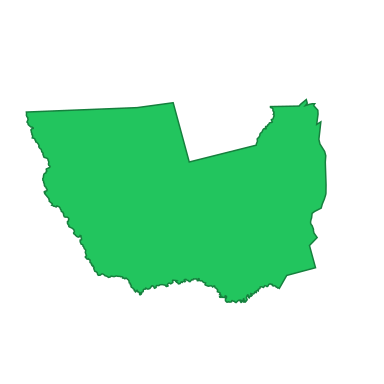 outline of Lavalle, Mendoza, Argentina, rotated 165°
{"feature_id": "61730980B15586340414503", "entity_name": "Lavalle", "entity_type": "district", "adm_level": 2, "iso_a3": "ARG", "parent_name": "Argentina", "parent_adm1": "Mendoza", "projection": "natural_earth1", "projection_center": [-67.695, -32.596], "detail": "fine", "context": "isolated", "style": "filled", "palette": "green", "viewbox_px": 384, "rotation_deg": 165, "n_neighbors": 0, "source": "geoboundaries", "source_scale": "gbopen_adm2", "svg_char_len": 5997}
<svg xmlns="http://www.w3.org/2000/svg" viewBox="0 0 384 384"><g transform="rotate(165 192 192)"><path d="M223.2,287.7L331.3,312.1L331.6,310.3L332.1,309.1L332.0,307.4L331.3,306.2L331.7,305.2L331.5,304.5L333.3,302.3L332.6,300.8L332.8,299.5L332.4,298.9L330.9,296.6L329.6,296.0L329.3,295.2L328.8,295.0L328.9,294.5L330.2,294.6L331.6,293.6L331.4,292.7L331.7,291.6L331.5,289.8L331.8,288.8L331.4,288.4L331.4,287.7L331.7,286.6L332.3,285.6L330.8,284.8L330.0,283.7L330.2,282.8L329.7,282.2L330.0,280.9L329.0,280.1L328.2,278.5L327.7,276.2L328.2,275.7L328.2,274.7L327.5,273.3L326.6,272.2L326.7,269.8L325.8,268.0L326.3,266.8L326.0,265.0L326.2,264.4L325.8,263.7L323.5,262.3L322.7,261.2L322.8,259.5L322.5,258.5L323.0,256.8L323.4,256.4L323.5,255.5L323.4,254.8L322.5,253.7L322.7,253.0L323.5,252.5L326.8,251.9L327.1,251.0L326.8,249.9L327.1,249.4L327.8,249.2L328.4,248.1L329.7,248.1L330.5,247.4L331.5,245.6L331.5,244.9L332.7,243.5L333.0,241.7L332.6,241.2L332.6,240.2L332.9,239.3L332.4,238.2L332.8,237.4L332.7,236.5L332.9,236.3L332.4,235.0L331.8,234.4L331.8,233.0L331.2,232.0L332.0,230.7L333.6,230.8L334.7,230.4L334.7,229.3L334.1,229.2L334.6,228.4L331.8,222.3L332.2,221.6L331.9,220.9L332.3,220.0L330.0,216.8L330.5,215.8L330.9,215.5L330.0,215.0L329.3,214.1L328.2,213.7L327.7,213.1L326.9,212.7L326.1,213.5L324.0,211.9L323.7,211.1L323.4,209.0L323.1,208.7L323.2,207.0L322.0,206.0L322.0,205.1L321.6,204.4L322.0,203.2L321.8,201.2L321.0,200.6L319.0,200.0L318.0,198.8L318.0,197.6L318.8,196.7L318.8,196.2L319.2,195.7L320.0,195.6L320.2,195.2L320.1,194.4L320.4,193.9L320.0,192.3L319.5,191.7L319.9,190.6L319.7,190.2L317.2,188.1L315.9,186.3L315.9,184.0L317.0,183.1L317.0,182.3L315.9,181.1L315.9,180.6L314.8,178.9L313.6,177.9L312.7,177.8L311.8,178.3L311.3,179.0L310.5,178.3L311.0,176.6L310.7,176.1L311.0,174.8L311.1,174.5L312.5,174.5L312.9,172.8L312.5,170.2L311.6,169.7L311.1,169.0L311.3,167.7L310.8,167.2L310.7,165.1L310.2,164.5L309.7,163.3L310.7,161.2L310.4,157.7L311.7,157.2L311.9,156.7L311.7,156.0L311.1,155.6L310.8,154.4L309.8,154.0L309.3,154.3L308.9,153.4L308.1,152.7L308.7,150.3L307.7,149.2L307.9,148.5L307.5,148.2L307.7,147.2L307.4,146.6L306.7,146.5L306.9,145.6L306.1,144.6L306.7,143.4L306.4,140.6L305.0,139.5L304.5,138.8L304.5,137.0L304.1,135.8L302.2,135.4L300.4,136.2L299.6,136.1L298.0,134.4L297.8,133.7L296.2,132.8L294.7,131.1L292.8,131.1L291.9,131.7L289.2,130.4L286.8,130.5L285.6,129.8L283.1,129.0L282.7,128.5L281.7,128.4L280.8,127.4L281.2,126.8L279.8,126.3L279.3,125.5L278.0,126.0L276.3,123.7L275.9,122.7L276.1,120.4L275.4,120.0L275.2,119.4L275.6,118.4L274.8,117.6L275.4,116.4L275.2,115.7L274.1,114.7L273.8,113.7L272.9,112.7L273.3,111.7L272.8,111.2L272.5,110.2L270.9,111.3L270.4,111.2L270.6,109.8L269.6,109.5L269.1,108.5L268.2,108.0L268.5,107.3L269.1,107.0L269.0,106.3L268.6,106.1L267.6,106.4L266.8,107.3L266.7,108.1L265.0,108.4L264.2,110.3L263.9,110.4L263.2,110.5L262.4,110.2L261.4,111.1L260.8,110.2L259.7,109.6L257.7,109.7L254.9,111.8L254.2,111.6L253.9,110.8L253.4,110.5L253.3,109.1L253.0,108.7L251.4,109.1L251.1,110.2L250.5,110.8L248.2,110.2L247.0,110.7L244.8,110.3L242.3,109.1L241.8,108.6L241.6,107.8L241.1,107.3L239.6,107.3L239.4,107.8L240.0,108.5L239.8,109.0L238.3,109.9L237.5,109.9L236.7,109.3L236.6,108.9L236.2,108.8L234.2,109.4L233.7,109.9L233.8,111.4L233.3,111.8L230.0,110.5L230.9,110.3L230.9,109.9L230.1,109.6L229.9,109.2L230.2,108.7L229.4,108.2L228.9,106.8L228.5,106.7L227.3,106.6L225.6,108.0L224.8,107.2L223.8,107.9L222.6,107.6L222.2,107.1L221.5,107.5L221.8,108.3L222.2,108.5L222.1,109.3L221.3,109.4L220.3,109.1L219.5,107.8L218.5,107.5L217.9,106.2L217.1,105.9L214.9,107.4L213.9,106.8L213.1,107.7L211.6,107.1L210.6,107.2L209.9,106.3L209.8,104.9L209.1,104.7L208.4,105.5L208.3,106.6L207.8,106.6L207.6,106.3L207.9,104.7L206.8,104.0L205.5,103.8L204.3,101.7L202.4,100.6L203.4,99.2L203.3,98.8L200.7,96.8L197.7,96.5L197.1,95.9L196.7,94.9L195.6,95.2L195.1,95.6L194.5,95.3L194.5,93.6L193.5,92.7L192.5,90.7L193.1,89.9L193.3,89.1L191.7,88.0L190.9,87.0L191.9,85.8L190.9,85.4L191.0,84.9L191.8,83.9L192.4,83.8L192.4,83.2L191.3,82.7L190.5,83.5L190.2,83.4L190.0,82.4L187.8,81.7L186.7,83.1L185.7,82.3L185.8,81.9L186.8,81.7L187.2,81.2L187.2,80.8L186.5,80.6L187.5,79.6L187.8,78.3L187.0,76.7L185.7,76.3L185.2,76.6L183.9,75.8L182.3,75.7L181.7,76.7L181.4,76.8L180.1,75.7L179.4,75.5L178.9,74.4L178.1,73.8L175.1,75.3L173.4,75.1L172.5,74.6L173.7,73.7L173.3,72.9L173.0,73.2L172.7,72.8L171.3,73.7L170.9,73.3L170.0,75.4L169.6,75.5L169.7,73.4L168.5,72.6L169.7,72.1L168.9,71.9L166.6,73.6L166.8,76.0L165.4,77.9L164.9,78.2L164.4,77.9L164.3,77.4L164.7,76.3L164.5,75.3L164.2,74.9L162.9,76.3L161.9,76.0L160.7,76.6L160.8,77.3L161.5,77.5L161.7,78.3L161.4,78.7L160.6,78.0L158.8,77.6L157.7,78.4L157.4,79.0L156.0,78.2L155.8,78.4L155.8,79.6L155.5,79.8L154.0,79.7L153.6,79.3L153.3,79.9L153.5,80.5L153.3,80.8L151.4,81.2L150.7,82.6L149.4,82.5L147.6,81.3L146.0,82.7L144.8,82.1L144.0,81.2L142.8,81.6L141.9,82.8L140.2,83.1L139.1,81.9L138.6,82.2L138.4,82.0L138.1,81.2L138.3,80.6L137.5,80.1L136.7,80.2L135.5,79.3L135.3,78.3L134.5,78.0L134.1,77.1L133.3,77.1L132.6,76.3L122.1,86.9L92.3,86.9L92.4,109.9L82.9,115.6L84.8,120.8L84.7,123.3L84.3,124.6L84.7,128.5L85.3,129.7L85.5,131.2L85.1,132.7L84.1,134.7L83.2,136.0L81.5,140.3L78.5,141.5L71.4,143.0L69.3,146.6L66.0,150.9L63.6,154.7L63.0,156.0L60.7,164.1L55.5,186.4L53.4,192.4L53.4,196.9L56.0,205.3L55.8,210.1L49.4,226.4L54.1,225.0L50.1,234.6L49.3,238.4L52.0,243.8L51.8,244.5L50.6,245.5L52.8,246.1L55.5,246.3L60.2,246.1L57.7,247.9L57.7,251.7L64.3,248.7L66.4,247.3L94.1,254.2L94.3,253.5L94.0,253.0L92.8,252.3L92.3,251.4L92.8,249.5L92.1,247.9L92.7,247.1L92.6,246.2L93.4,245.9L92.9,244.6L93.0,244.1L93.5,243.7L94.9,241.6L96.6,241.4L96.7,240.9L96.3,238.9L96.9,238.6L99.3,238.7L100.4,237.5L101.3,237.3L102.1,236.1L103.8,236.2L104.2,235.7L103.8,234.8L104.0,234.0L104.5,233.9L105.4,234.5L106.5,234.4L107.5,233.6L108.8,231.9L110.9,230.9L111.5,230.1L111.7,229.2L112.7,228.0L115.3,226.4L115.7,224.0L117.5,221.6L117.8,220.6L186.9,221.7L187.1,283.1L223.2,287.7Z" fill="#22c55e" stroke="#15803d" stroke-width="1.5"/></g></svg>